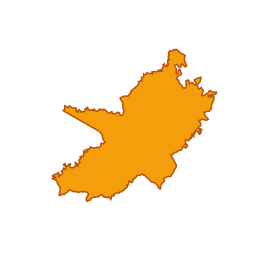 the district of Nova Laranjeiras, Paraná, Brazil, rotated 29°
{"feature_id": "56859067B29997737788268", "entity_name": "Nova Laranjeiras", "entity_type": "district", "adm_level": 2, "iso_a3": "BRA", "parent_name": "Brazil", "parent_adm1": "Paraná", "projection": "natural_earth1", "projection_center": [-52.589, -25.226], "detail": "fine", "context": "isolated", "style": "filled", "palette": "amber", "viewbox_px": 256, "rotation_deg": 29, "n_neighbors": 0, "source": "geoboundaries", "source_scale": "gbopen_adm2", "svg_char_len": 5878}
<svg xmlns="http://www.w3.org/2000/svg" viewBox="0 0 256 256"><g transform="rotate(29 128 128)"><path d="M114.6,82.4L115.6,83.0L116.0,86.0L115.2,87.6L113.2,93.1L112.7,94.0L112.9,95.2L113.5,96.0L112.7,97.8L112.9,99.6L111.6,100.7L109.5,101.7L107.1,104.5L106.6,105.9L111.8,108.9L112.7,111.1L114.0,113.3L116.0,114.4L116.4,115.5L117.1,118.6L116.2,120.0L115.4,120.8L112.9,118.9L111.8,119.1L111.0,119.6L110.4,120.9L109.4,122.3L107.1,122.7L106.3,121.6L105.4,122.0L104.9,122.9L104.7,124.3L103.2,124.4L100.7,123.5L98.6,123.1L97.4,123.4L97.3,124.5L93.7,125.3L93.5,127.4L92.4,128.6L90.6,128.5L89.2,129.3L88.0,129.6L86.6,130.2L86.1,131.3L85.0,130.9L83.7,131.5L83.3,129.8L82.3,129.7L81.7,130.9L82.1,132.3L81.3,132.5L81.8,133.4L81.9,134.5L81.4,135.4L80.2,135.9L78.9,136.8L78.4,135.9L77.5,136.1L76.3,135.7L76.5,138.5L74.8,138.6L74.6,137.2L73.4,137.3L73.2,135.9L72.0,136.1L69.6,137.5L66.7,137.0L65.7,137.4L65.7,139.2L62.0,139.1L62.5,140.6L63.5,141.6L63.9,142.7L63.0,143.1L63.0,144.3L105.7,144.9L106.8,145.9L107.7,146.0L109.3,147.0L109.9,148.2L111.6,149.9L112.9,150.7L114.7,151.2L114.2,153.7L112.6,153.7L111.9,155.2L112.8,155.7L112.9,157.1L112.3,159.0L110.2,160.0L108.2,161.9L105.4,162.9L104.4,162.8L104.3,165.0L101.9,167.3L103.9,167.8L103.5,169.6L102.3,169.2L101.7,170.5L100.5,169.3L100.6,170.6L102.5,173.1L102.3,174.7L101.0,174.8L100.9,175.9L100.1,176.7L101.7,177.3L100.7,179.2L101.0,180.5L102.8,181.4L101.6,183.8L102.4,184.4L103.0,185.4L101.9,186.3L101.0,185.5L99.6,183.6L98.6,183.9L99.6,184.8L100.1,185.9L100.2,187.0L99.8,188.5L99.3,189.4L96.4,190.7L95.8,189.9L95.5,188.2L95.0,187.3L93.7,188.5L93.6,190.1L92.9,191.3L91.9,191.7L92.9,192.9L93.5,194.4L91.1,194.3L91.5,197.1L90.7,198.2L92.1,198.6L92.8,199.4L92.5,200.8L91.7,201.9L91.4,203.9L90.5,203.8L90.8,202.3L88.7,200.7L87.5,203.4L86.2,204.0L85.9,205.3L85.1,206.2L85.7,207.0L87.6,206.1L89.0,206.5L87.3,207.6L86.4,208.9L87.8,208.9L88.7,208.6L91.9,208.9L93.1,210.8L94.2,211.2L95.6,212.1L97.2,212.6L99.0,215.6L99.8,217.7L99.6,218.9L100.5,220.2L101.7,219.7L101.9,218.3L104.4,217.2L105.0,215.3L105.8,214.2L106.0,212.9L107.1,210.5L108.2,210.2L111.4,210.1L112.2,209.3L115.5,208.5L118.4,205.9L119.6,205.9L121.3,204.5L122.6,204.2L124.8,204.4L125.6,205.2L125.7,207.0L125.2,208.7L126.8,211.8L128.1,211.9L128.9,210.0L130.2,209.1L129.9,207.7L130.4,206.6L132.0,204.8L132.9,204.4L134.6,202.7L135.5,202.5L136.9,199.3L138.1,199.1L139.7,199.9L140.9,199.8L141.9,199.3L143.2,199.2L144.1,197.9L145.2,198.2L146.5,198.0L147.6,198.7L146.7,195.0L148.1,194.7L148.6,193.5L147.7,192.5L150.5,189.7L151.7,189.1L151.9,187.8L153.3,187.0L153.5,185.3L154.5,184.9L154.7,183.8L154.5,182.5L155.4,181.6L155.9,180.1L155.7,178.8L154.6,178.7L155.0,177.5L155.8,177.1L154.4,173.9L155.6,173.4L156.6,174.2L158.0,173.7L157.8,171.0L157.4,169.9L158.3,168.8L158.9,167.2L158.9,165.9L159.5,164.5L161.3,163.8L162.3,161.8L163.3,161.3L164.4,161.9L165.5,161.2L167.5,162.1L171.0,162.5L174.3,163.8L176.4,163.5L177.7,162.9L178.9,162.9L182.2,164.4L184.5,165.8L185.9,165.6L185.5,164.2L184.5,163.0L184.8,161.2L184.4,160.1L185.2,158.7L185.4,156.6L184.1,155.7L184.1,154.6L184.8,153.3L186.1,151.5L188.8,149.7L188.9,146.8L189.3,145.9L188.9,145.0L189.2,143.4L188.5,141.0L189.1,140.2L189.0,138.3L188.4,137.0L178.3,130.6L179.3,130.2L180.1,128.9L180.1,127.8L180.6,126.9L182.1,125.7L182.6,124.1L183.3,123.1L185.0,121.9L185.4,120.1L185.3,118.4L184.9,117.4L185.7,117.1L188.0,117.7L188.5,116.6L188.7,114.7L187.4,114.0L186.5,114.6L185.6,114.7L185.8,112.8L183.9,111.0L184.8,109.7L186.0,110.0L187.2,109.6L187.5,108.4L187.0,107.0L188.6,106.3L188.2,105.5L187.3,104.6L187.4,103.6L186.9,102.6L187.9,102.5L188.4,103.7L189.7,103.7L188.8,102.3L188.9,100.9L187.9,101.3L187.8,100.0L189.0,99.6L188.3,96.9L189.9,97.0L190.9,97.9L192.3,97.2L192.8,98.8L193.7,98.6L194.0,97.6L194.0,96.5L193.0,95.9L193.4,94.4L192.0,95.0L192.3,93.5L189.4,94.4L188.9,93.3L190.2,91.6L190.2,90.5L189.7,88.9L186.2,87.1L187.7,86.2L188.3,84.4L189.5,83.9L191.8,83.6L193.2,82.9L193.9,81.5L193.2,80.8L190.4,80.4L186.8,77.5L187.7,76.8L189.7,74.6L190.9,74.0L191.1,72.1L191.7,70.5L190.5,70.0L190.4,68.5L189.9,67.3L189.6,63.8L188.8,60.4L188.3,59.4L187.5,59.0L186.1,59.4L184.8,61.2L183.4,61.6L182.6,60.5L185.3,58.7L187.3,56.9L188.5,55.0L188.1,53.7L185.4,55.1L184.0,55.5L181.5,55.5L180.9,56.5L180.9,58.3L180.1,60.0L178.1,63.5L177.1,63.8L176.2,63.4L176.1,59.9L175.6,58.4L173.2,57.9L172.3,57.1L171.4,59.3L170.0,59.0L168.9,58.3L168.1,57.3L167.7,55.7L168.4,53.2L168.5,51.9L167.9,49.9L167.0,48.2L163.5,52.2L162.8,53.6L163.4,54.8L165.9,56.0L166.6,57.6L165.5,58.0L164.2,57.9L163.0,57.2L161.6,57.2L160.7,59.6L159.6,59.0L158.7,57.5L157.8,56.9L156.9,57.1L156.0,58.3L156.1,59.4L158.5,62.5L158.8,63.9L158.3,65.8L157.2,66.1L156.0,65.8L154.4,64.8L152.2,64.2L150.8,63.5L149.1,61.6L147.2,61.6L146.4,61.0L146.4,59.8L146.8,58.1L148.4,56.1L148.4,54.8L147.9,54.0L146.6,53.1L145.1,51.7L144.2,52.1L144.5,54.7L145.1,56.0L144.8,57.4L143.6,56.7L141.7,53.0L140.7,52.3L139.2,51.7L138.3,50.3L140.1,48.7L143.0,50.0L144.0,50.0L144.5,49.0L144.5,47.5L143.8,46.7L143.9,45.7L146.3,46.1L147.2,46.7L148.4,46.7L149.3,45.8L148.7,44.6L146.4,43.3L145.5,42.0L144.6,41.5L143.7,40.0L142.9,36.9L141.2,36.7L136.7,37.0L135.6,36.1L134.4,36.5L133.5,35.8L131.9,35.8L131.2,37.2L130.0,37.1L129.6,38.0L129.4,39.2L128.3,40.3L126.9,40.2L127.2,43.1L128.6,44.2L128.4,45.4L129.3,47.2L131.1,48.3L129.8,49.2L131.5,52.2L132.3,52.4L132.7,53.5L131.3,54.0L132.2,55.4L131.3,55.6L129.1,55.5L128.8,56.9L129.3,59.9L128.4,61.3L130.2,61.7L128.6,63.1L126.6,62.6L126.6,63.8L125.6,64.9L124.0,66.1L122.8,66.4L121.8,67.1L122.6,67.7L123.1,68.8L121.7,68.7L121.0,69.7L120.2,70.1L117.7,70.5L117.9,72.4L117.0,73.1L115.5,73.1L116.0,74.4L116.7,75.2L116.0,76.8L115.3,77.5L116.2,78.2L117.4,79.9L116.0,80.2L115.8,81.7L114.6,82.4ZM91.9,191.7L91.2,190.4L90.5,189.7L89.6,190.4L89.5,191.6L91.9,191.7ZM129.1,55.5L128.6,54.4L128.1,55.5L129.1,55.5ZM89.2,129.3L89.3,128.0L88.5,128.5L89.2,129.3Z" fill="#f59e0b" stroke="#b45309" stroke-width="1.5"/></g></svg>